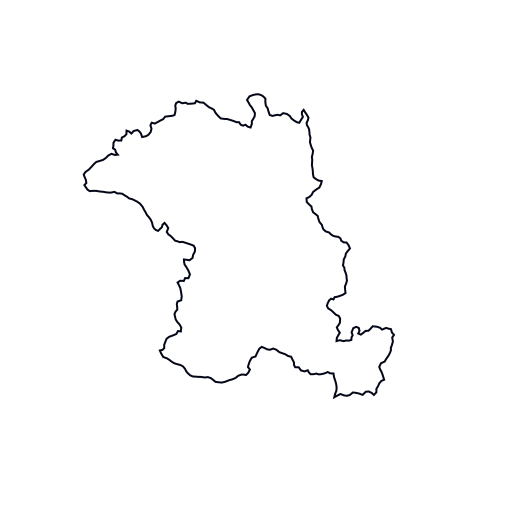 outline of Lima Duarte, Minas Gerais, Brazil, rotated 45°
{"feature_id": "56859067B81519323949553", "entity_name": "Lima Duarte", "entity_type": "district", "adm_level": 2, "iso_a3": "BRA", "parent_name": "Brazil", "parent_adm1": "Minas Gerais", "projection": "mercator", "projection_center": [-43.877, -21.8], "detail": "fine", "context": "isolated", "style": "outline", "palette": "ink", "viewbox_px": 512, "rotation_deg": 45, "n_neighbors": 0, "source": "geoboundaries", "source_scale": "gbopen_adm2", "svg_char_len": 5526}
<svg xmlns="http://www.w3.org/2000/svg" viewBox="0 0 512 512"><g transform="rotate(45 256 256)"><path d="M81.1,254.1L81.3,257.5L78.3,257.7L75.8,258.9L78.3,261.6L78.3,264.4L77.4,267.1L79.1,269.6L77.0,271.8L74.4,273.2L75.1,276.6L77.3,279.0L78.7,281.0L81.2,280.4L84.0,281.9L86.6,282.1L84.8,284.3L81.5,286.0L80.5,289.4L80.5,292.9L79.9,296.2L78.1,299.6L76.5,302.5L76.4,305.7L76.6,308.8L76.7,313.1L76.0,317.3L76.6,320.2L78.8,321.3L81.7,322.4L84.4,324.3L84.5,327.2L87.4,327.8L90.0,328.2L92.6,327.7L94.4,325.5L97.0,322.9L100.0,320.8L102.5,318.7L105.5,316.6L108.4,314.0L110.6,310.7L113.6,309.9L115.3,308.2L117.3,306.6L120.2,306.0L122.9,305.3L125.8,304.9L128.0,303.5L130.1,302.7L133.6,301.6L137.0,301.0L141.0,301.4L144.3,302.5L147.1,303.2L149.9,304.1L153.1,304.3L156.4,304.9L159.2,306.1L161.7,307.7L164.0,308.5L166.5,308.5L169.0,307.5L169.0,304.8L169.1,302.3L167.8,299.9L167.9,297.3L170.8,297.5L174.2,298.3L175.9,302.1L178.9,302.7L181.2,302.2L185.1,302.2L187.9,302.4L190.2,301.1L192.3,300.1L194.0,298.0L196.6,296.6L199.4,295.2L202.4,293.7L204.6,292.8L207.3,293.5L209.6,296.0L210.8,299.8L212.5,302.2L212.0,306.0L209.4,307.9L207.5,309.4L209.4,311.1L211.5,312.5L214.6,313.1L218.1,314.0L222.3,315.7L223.9,319.5L221.5,321.7L222.6,324.7L219.9,327.1L219.3,330.2L222.1,331.1L225.3,332.3L228.4,334.4L232.1,337.1L234.4,340.2L232.7,343.7L234.0,346.0L236.2,347.7L238.3,349.6L238.4,352.1L239.4,354.7L242.2,356.5L244.2,357.7L247.1,358.3L250.5,358.5L253.7,359.4L256.2,362.5L253.9,364.2L254.8,367.5L253.3,371.2L251.7,374.6L251.3,377.8L252.4,380.4L254.0,383.9L256.2,385.9L256.3,388.4L254.8,390.8L258.0,392.0L261.9,393.0L265.2,391.4L267.7,390.8L270.7,390.4L273.1,389.9L275.2,389.1L277.6,387.7L280.0,386.4L282.6,385.7L285.7,386.0L288.3,386.9L290.6,387.1L294.0,386.9L296.6,385.8L298.4,384.2L300.5,382.4L302.7,380.3L305.6,378.2L307.6,375.7L310.3,374.3L313.4,373.9L316.4,373.6L319.0,371.6L321.3,369.7L323.1,366.8L324.8,362.9L326.6,359.7L327.8,356.6L328.1,353.3L329.5,350.2L331.2,348.5L333.1,347.2L333.1,344.1L332.0,340.6L328.8,340.2L327.6,338.1L326.1,335.1L324.9,331.0L326.7,327.4L325.7,324.7L324.8,322.2L323.9,319.1L324.3,316.2L327.2,315.0L329.9,314.1L332.2,312.4L333.6,309.3L336.7,307.9L340.5,307.5L343.0,306.3L346.1,304.8L349.5,304.0L352.1,302.4L355.5,303.6L358.1,304.4L359.8,306.1L362.3,307.0L364.9,304.5L368.7,305.1L371.9,303.3L373.4,300.2L375.5,300.9L378.2,301.0L380.4,298.7L381.8,296.5L383.9,295.5L385.5,293.7L387.4,290.7L388.8,287.3L391.3,286.6L393.9,284.3L396.7,286.4L400.3,288.2L402.8,289.6L404.8,291.0L406.5,292.5L408.2,294.6L409.3,297.3L411.2,300.5L412.2,297.2L413.3,293.9L416.8,292.3L419.1,290.6L420.6,288.0L421.0,284.0L423.3,282.2L426.1,280.4L429.6,278.8L429.6,274.4L431.5,272.1L434.7,271.0L437.6,270.9L437.5,267.3L435.1,264.8L434.2,261.3L433.2,258.9L433.0,255.6L434.1,252.9L431.7,251.6L429.4,250.4L426.2,249.0L423.9,248.4L421.5,247.2L420.2,243.5L421.6,239.7L420.9,236.9L420.1,232.5L419.1,229.5L418.1,227.3L416.3,225.6L415.1,222.9L413.2,219.6L409.9,217.3L409.4,214.2L406.3,214.0L403.1,212.3L401.2,213.6L398.8,214.9L397.2,218.9L394.3,219.1L391.5,220.5L388.2,223.2L388.4,226.5L388.4,229.3L386.4,231.6L386.2,234.3L385.7,237.5L383.1,238.5L382.1,235.7L379.6,234.2L377.0,235.2L375.8,238.2L377.6,242.4L380.4,243.7L381.1,246.0L382.8,248.0L381.5,250.2L379.5,252.0L378.1,254.3L374.8,256.3L373.1,259.2L371.1,256.8L370.3,254.1L369.5,251.0L366.0,250.3L363.6,249.3L363.2,246.6L362.6,244.0L359.7,240.7L356.8,239.9L354.2,241.0L351.0,241.1L347.6,241.2L343.9,242.0L341.2,241.0L340.1,238.6L339.1,235.8L339.3,233.1L341.5,231.9L340.7,229.5L342.1,227.6L343.4,225.2L344.9,221.8L345.5,218.9L343.1,217.0L340.5,214.8L339.3,212.0L337.9,209.3L335.4,207.3L333.4,205.6L331.0,204.4L328.5,203.3L326.7,201.8L324.2,201.2L322.6,198.9L320.5,196.4L319.4,193.0L317.8,190.7L317.4,187.7L317.1,184.2L313.7,182.9L310.6,182.4L308.3,184.4L305.5,184.9L303.1,183.8L300.6,184.3L298.4,186.0L296.3,187.2L293.7,187.7L291.0,187.7L288.0,189.3L284.9,189.5L282.8,188.7L280.5,187.4L276.9,187.1L273.8,185.6L271.2,184.0L268.5,184.3L265.4,184.7L262.3,183.3L260.2,181.8L257.2,182.0L253.7,181.9L250.9,179.5L252.0,176.6L252.1,173.3L251.1,170.5L251.5,166.9L252.4,162.8L251.1,159.2L249.5,156.5L246.9,158.4L243.6,159.3L241.1,159.6L238.5,157.9L235.8,155.5L233.6,153.8L231.4,152.3L229.7,150.4L227.6,148.1L225.5,146.5L224.0,144.0L222.0,141.2L218.4,139.9L215.9,138.6L213.8,137.5L212.3,135.7L210.7,133.7L208.2,132.4L205.8,130.3L204.0,128.9L201.8,128.0L199.6,127.5L197.7,126.2L196.7,123.4L195.3,121.1L192.2,120.2L188.9,119.6L186.4,119.0L186.6,121.6L188.2,123.3L190.8,124.5L191.5,127.6L192.4,131.2L190.3,132.5L187.0,133.3L183.7,133.7L181.0,133.1L177.4,133.7L174.2,135.8L173.7,139.4L171.2,141.1L169.8,143.3L168.6,145.3L166.0,146.6L162.9,145.1L159.7,143.3L156.6,142.7L153.7,140.5L151.4,138.1L148.5,138.0L146.0,138.5L143.2,140.0L141.5,142.0L140.1,144.2L138.5,147.7L139.3,152.0L142.4,152.8L145.0,153.6L147.9,153.9L151.4,154.9L154.2,155.7L156.3,158.2L157.2,161.3L157.7,163.6L159.7,165.6L161.3,169.0L158.6,170.4L155.8,170.6L154.6,173.0L152.4,174.0L149.4,173.4L147.7,175.1L144.7,176.4L141.6,178.0L138.8,179.5L136.4,181.7L133.7,183.7L129.7,183.7L126.2,183.4L122.9,182.4L120.6,182.9L117.7,184.0L114.1,184.4L110.5,184.7L107.5,187.2L104.0,188.5L104.8,191.2L102.5,194.1L100.1,196.7L97.9,197.3L95.9,200.1L92.2,201.5L91.4,204.3L92.5,206.7L94.8,208.4L96.9,210.9L98.7,213.9L97.7,216.0L95.2,219.2L93.2,221.7L93.6,224.9L92.6,227.8L91.6,231.3L90.8,233.9L88.0,235.5L88.9,238.2L92.0,239.8L93.9,242.9L94.2,246.4L93.6,248.9L91.4,252.4L88.1,250.8L85.8,250.4L83.1,250.7L81.1,254.1Z" fill="none" stroke="#020617" stroke-width="2"/></g></svg>